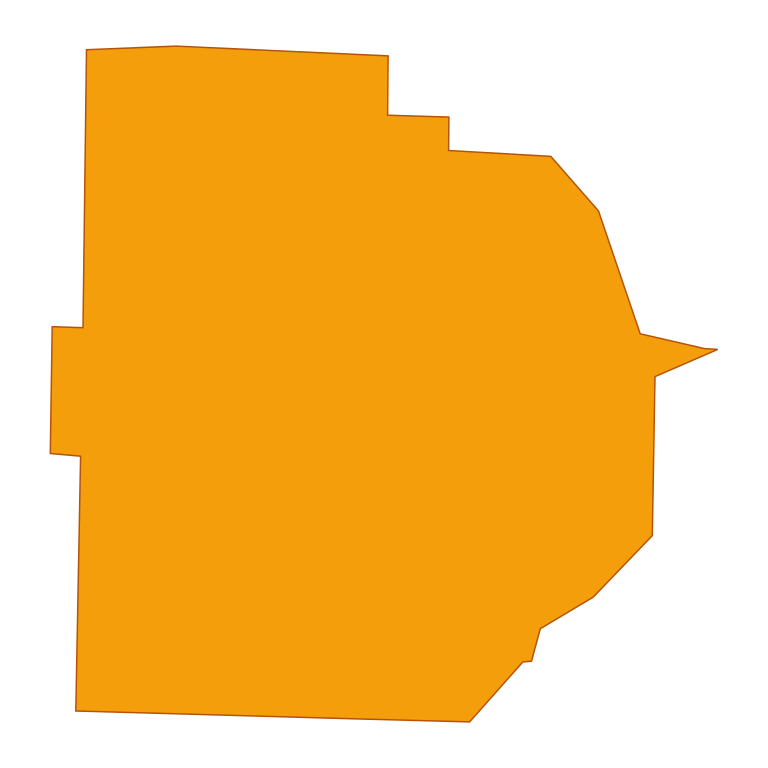 the district of Tift, Georgia, United States of America
{"feature_id": "52423323B78995174680355", "entity_name": "Tift", "entity_type": "district", "adm_level": 2, "iso_a3": "USA", "parent_name": "United States of America", "parent_adm1": "Georgia", "projection": "natural_earth1", "projection_center": [-83.491, 31.462], "detail": "fine", "context": "isolated", "style": "filled", "palette": "amber", "viewbox_px": 768, "rotation_deg": 0, "n_neighbors": 0, "source": "geoboundaries", "source_scale": "gbopen_adm2", "svg_char_len": 434}
<svg xmlns="http://www.w3.org/2000/svg" viewBox="0 0 768 768"><path d="M717.7,349.4L704.4,348.6L640.2,333.8L598.5,211.0L550.8,156.4L448.6,150.5L448.9,117.1L387.6,115.2L388.1,55.9L175.7,46.1L86.5,49.7L85.6,120.6L83.0,327.7L52.2,326.7L50.3,453.5L80.6,456.2L75.8,711.0L363.8,719.1L469.6,721.9L522.8,662.0L531.5,661.2L540.3,628.7L593.2,597.1L652.3,535.6L655.0,376.6L717.7,349.4Z" fill="#f59e0b" stroke="#b45309" stroke-width="1.5"/></svg>